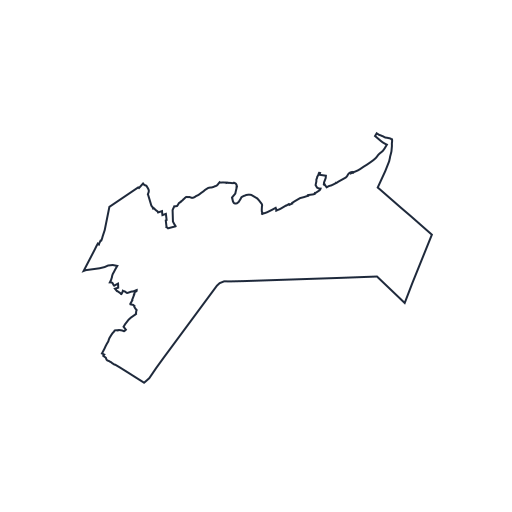 outline of Gooise Meren, Noord-Holland, Netherlands, rotated 134°
{"feature_id": "6326949B89511959643085", "entity_name": "Gooise Meren", "entity_type": "district", "adm_level": 2, "iso_a3": "NLD", "parent_name": "Netherlands", "parent_adm1": "Noord-Holland", "projection": "natural_earth1", "projection_center": [5.099, 52.322], "detail": "fine", "context": "isolated", "style": "outline", "palette": "slate", "viewbox_px": 512, "rotation_deg": 134, "n_neighbors": 0, "source": "geoboundaries", "source_scale": "gbopen_adm2", "svg_char_len": 5914}
<svg xmlns="http://www.w3.org/2000/svg" viewBox="0 0 512 512"><g transform="rotate(134 256 256)"><path d="M186.5,116.4L166.7,124.8L118.5,144.3L119.8,172.2L120.6,185.3L122.0,213.3L122.2,216.0L105.1,222.0L95.4,226.0L92.6,227.7L91.3,228.6L88.6,230.1L86.9,231.1L86.1,231.7L82.5,234.6L80.9,236.2L80.7,236.4L78.8,237.9L78.4,238.3L78.1,238.6L77.6,239.2L78.0,239.8L78.0,240.2L78.0,240.4L78.0,240.6L78.7,242.0L79.3,242.8L79.4,243.1L80.2,244.3L80.8,245.0L81.2,245.9L81.7,247.8L81.9,248.3L82.1,248.6L82.3,249.3L83.1,251.2L83.3,251.4L83.4,251.7L83.6,252.9L83.6,253.0L83.8,253.4L83.9,254.4L87.0,253.7L86.5,245.9L86.3,244.2L86.1,243.1L85.5,240.7L85.0,239.2L87.2,238.7L89.3,238.2L90.7,238.0L92.2,237.8L93.7,237.9L95.8,238.2L97.1,238.3L98.5,238.3L100.7,238.0L102.2,237.9L103.8,238.0L105.7,238.2L109.1,238.8L113.5,239.7L116.9,240.6L121.3,241.5L123.7,242.2L126.6,243.4L127.4,243.8L128.0,244.3L128.6,243.9L129.9,244.9L130.2,245.0L129.4,245.6L130.2,246.1L131.1,246.4L131.9,246.5L132.8,246.5L133.6,246.4L135.0,246.0L136.0,245.9L137.0,245.9L138.1,246.2L145.3,248.4L147.2,248.8L147.8,249.0L147.9,249.3L148.2,249.2L150.9,250.1L153.2,251.0L153.4,251.2L155.2,252.2L157.5,252.9L157.1,255.3L156.8,256.3L157.4,256.4L157.5,256.8L157.4,257.0L156.9,257.2L156.4,257.7L155.7,258.2L152.0,259.8L151.4,260.1L149.7,261.5L153.5,266.8L151.8,267.6L152.3,268.4L152.7,268.3L154.6,267.4L156.4,267.0L157.5,266.3L159.0,265.7L159.4,265.4L160.1,264.7L160.4,264.4L163.6,262.4L164.4,259.6L164.1,258.6L163.7,257.6L162.7,256.4L163.6,256.0L164.6,255.9L169.4,257.0L169.7,257.2L169.8,257.4L170.2,257.3L170.4,257.1L170.6,256.9L172.0,257.7L175.9,260.8L176.1,260.9L176.5,260.3L177.8,261.1L180.3,262.4L183.7,264.5L189.4,266.1L192.7,266.9L192.8,266.9L193.1,266.4L195.9,267.5L195.6,268.0L195.7,268.4L198.7,269.2L198.9,269.3L198.9,269.5L205.1,271.2L206.9,271.9L208.5,272.8L208.8,272.7L209.1,272.8L209.3,272.9L208.5,273.7L207.7,275.3L211.8,276.6L216.8,278.4L218.7,279.3L221.1,280.7L221.3,280.6L221.5,280.7L221.5,281.0L221.2,281.1L220.8,281.4L220.3,281.6L220.2,282.3L219.9,282.7L219.8,282.9L218.5,284.2L216.3,286.1L215.4,286.7L214.9,287.3L214.5,288.3L214.2,290.6L213.9,292.5L213.9,293.0L213.7,294.8L213.8,294.9L213.7,295.2L214.1,296.6L214.7,299.2L215.0,300.4L215.3,301.7L216.0,302.8L217.1,304.0L218.9,305.4L220.6,306.1L221.0,306.4L222.7,307.0L223.8,307.3L225.8,306.7L229.2,306.0L230.5,306.2L230.8,306.2L231.3,306.3L231.8,306.6L232.5,307.2L232.8,307.5L233.2,308.4L233.2,308.7L233.2,309.0L232.8,310.4L232.6,310.5L232.4,311.1L231.1,312.9L231.2,313.0L230.6,313.9L225.9,314.2L225.4,314.3L224.3,315.0L219.6,317.8L219.8,318.0L219.3,318.4L218.5,319.1L218.1,320.3L218.0,320.7L218.1,321.3L218.3,322.0L218.5,322.5L218.7,322.4L220.1,323.7L221.6,325.7L222.7,326.8L223.2,327.5L223.5,327.7L223.3,327.8L224.0,328.6L226.1,330.9L228.3,333.0L228.2,333.1L228.2,333.4L229.9,333.3L231.4,333.1L232.7,333.2L234.0,333.7L234.5,334.1L235.8,334.5L236.4,334.9L237.0,335.2L237.5,335.5L238.8,336.7L240.0,337.5L240.4,337.7L243.2,338.4L244.2,338.6L245.9,338.7L248.9,339.3L249.8,339.4L251.0,339.6L251.6,339.7L252.7,340.0L254.4,340.7L256.4,341.1L257.9,341.8L258.7,342.5L258.8,342.7L259.9,345.0L260.1,345.2L260.8,345.7L261.1,346.1L261.4,346.6L261.7,346.9L262.3,347.3L262.6,347.3L263.3,347.4L263.8,347.5L264.7,347.4L265.5,347.6L267.1,347.5L268.0,347.7L269.2,347.9L269.3,347.7L270.0,347.8L271.5,348.2L272.0,348.1L273.0,347.8L274.8,347.5L275.6,348.0L276.3,348.6L276.7,348.8L277.0,349.3L280.5,348.1L281.1,347.7L288.9,339.7L289.7,337.4L290.4,334.5L290.6,334.5L295.0,337.2L296.4,338.0L297.2,338.5L297.2,339.5L297.3,340.0L297.5,340.5L297.2,340.7L296.8,341.1L293.1,345.6L292.2,345.3L288.3,350.1L291.6,351.7L289.9,353.8L289.0,354.8L292.7,356.7L292.3,357.7L292.6,359.8L292.6,362.9L293.3,363.0L292.7,364.6L292.5,366.2L287.9,374.4L287.0,376.0L286.8,376.6L286.6,376.7L284.6,377.6L283.9,378.1L283.2,378.8L282.5,380.3L281.7,383.3L281.6,383.7L281.8,384.1L282.2,384.8L282.2,385.3L282.4,385.6L282.5,386.0L282.3,387.6L288.4,387.4L288.5,388.4L322.5,395.6L342.5,382.8L348.5,379.9L350.3,378.9L352.4,378.0L352.9,378.5L356.2,377.4L356.7,377.1L356.9,376.9L357.0,377.0L357.0,377.4L357.0,378.4L359.6,377.7L363.6,376.4L386.5,369.6L384.4,368.6L377.7,363.3L373.5,360.0L370.2,357.9L369.1,357.2L365.6,355.8L362.0,352.8L359.5,348.9L361.2,348.5L362.8,348.1L364.9,347.5L366.2,347.1L368.2,346.6L369.2,346.2L370.7,345.4L371.5,344.8L372.6,344.3L373.7,343.7L376.5,342.8L375.5,341.7L375.2,341.0L375.1,340.6L375.3,339.9L375.8,338.3L375.9,337.4L371.7,336.1L372.0,335.7L374.5,333.1L377.5,334.7L377.8,332.1L377.7,332.1L377.3,329.7L376.9,327.4L377.1,326.8L377.0,326.6L376.9,326.4L375.9,326.6L374.5,327.1L373.5,327.6L373.4,327.0L372.9,326.3L372.6,325.7L372.5,324.7L372.3,323.4L372.1,323.0L371.1,322.4L370.5,322.1L368.3,321.0L367.1,320.0L366.5,319.6L365.3,319.0L364.7,318.8L363.4,318.2L363.5,318.1L363.8,318.2L364.0,317.9L363.9,317.8L364.4,317.5L364.5,317.5L365.2,318.3L365.3,318.3L368.8,316.9L369.0,316.7L368.9,316.6L373.6,314.6L373.8,314.4L373.9,314.1L374.6,314.0L377.3,313.3L377.7,313.2L377.9,313.0L378.0,312.8L377.9,312.6L376.5,310.4L376.4,308.8L376.8,308.7L377.3,307.6L377.7,305.8L377.7,304.7L377.8,304.3L378.8,303.9L380.2,302.8L380.5,302.7L381.0,302.0L387.2,303.2L390.3,303.4L395.9,302.8L398.9,302.1L399.4,298.4L401.1,298.5L401.8,298.7L401.9,299.0L402.6,300.6L403.5,301.9L403.9,302.5L404.5,303.2L405.2,303.8L405.6,303.7L406.2,304.6L407.1,305.5L407.8,305.9L409.1,305.6L411.0,305.6L412.9,305.3L416.6,304.5L417.6,304.1L418.2,303.9L419.5,303.2L420.2,302.9L422.8,302.3L425.5,301.5L428.0,300.6L433.1,299.1L432.8,298.4L432.6,297.3L432.4,296.8L432.7,296.8L433.9,296.5L433.5,293.3L434.2,292.0L434.3,291.7L434.4,291.3L434.4,290.4L433.6,288.5L433.4,287.3L433.1,286.6L433.0,285.6L433.0,285.1L433.0,284.9L432.8,284.2L432.5,282.4L432.0,281.8L430.8,276.8L424.9,248.5L423.2,248.3L418.0,247.9L405.8,250.0L393.1,251.8L304.5,263.5L300.8,263.3L296.3,261.3L292.7,257.4L282.7,247.5L212.6,179.6L186.7,154.7L186.5,116.4Z" fill="none" stroke="#1e293b" stroke-width="2"/></g></svg>